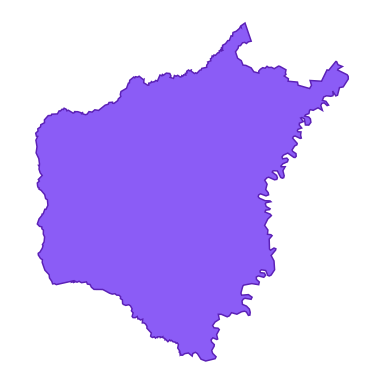 Buenavista, Córdoba, Colombia
{"feature_id": "7082276B96393406171347", "entity_name": "Buenavista", "entity_type": "district", "adm_level": 2, "iso_a3": "COL", "parent_name": "Colombia", "parent_adm1": "Córdoba", "projection": "albers", "projection_center": [-75.43, 8.19], "detail": "fine", "context": "isolated", "style": "filled", "palette": "violet", "viewbox_px": 384, "rotation_deg": 0, "n_neighbors": 0, "source": "geoboundaries", "source_scale": "gbopen_adm2", "svg_char_len": 5878}
<svg xmlns="http://www.w3.org/2000/svg" viewBox="0 0 384 384"><path d="M342.4,66.5L338.0,64.7L336.6,61.6L335.8,61.5L328.7,70.3L327.0,69.9L321.5,81.2L310.1,80.5L311.5,85.3L309.6,88.5L298.1,85.2L297.5,82.1L288.1,81.2L288.4,78.7L284.2,76.0L286.0,74.4L285.4,72.9L286.0,69.8L279.7,66.3L278.5,66.1L274.2,68.7L271.5,67.3L268.7,67.5L267.0,66.3L265.1,68.2L262.7,67.7L260.3,69.3L258.7,71.2L258.8,73.1L253.8,71.8L251.2,67.9L245.9,65.4L243.0,65.1L241.3,60.7L237.6,58.2L235.5,51.8L238.1,48.2L238.5,46.0L240.5,45.6L242.5,42.8L244.7,42.4L246.4,43.5L248.4,41.8L251.2,41.2L245.0,23.0L240.9,25.9L241.2,27.4L240.4,26.6L239.5,28.4L236.3,31.2L233.0,32.5L232.5,36.1L231.1,35.8L229.4,40.4L227.8,40.6L225.5,43.7L222.6,45.3L222.6,47.1L221.6,47.6L222.3,48.5L221.5,48.9L222.9,50.2L221.5,50.9L220.6,48.8L220.6,50.9L219.3,50.8L219.1,52.6L217.7,52.9L215.5,55.3L213.9,55.0L213.2,56.5L212.2,55.9L211.5,58.3L210.5,58.7L210.8,60.8L207.7,62.0L208.3,63.0L206.7,65.2L206.7,67.3L201.7,68.4L201.2,69.9L199.8,70.2L196.8,73.4L195.6,72.8L194.4,73.5L191.0,71.0L191.2,70.1L189.4,70.8L188.5,70.0L186.7,71.3L187.0,72.8L185.3,73.4L185.8,74.9L183.7,74.8L182.9,76.0L181.8,75.6L181.7,76.6L180.2,77.0L177.7,75.3L176.1,76.2L174.4,75.5L173.5,78.4L170.1,77.4L171.0,76.0L169.8,73.5L166.3,73.1L163.3,75.3L162.4,74.5L161.9,75.8L160.0,75.0L157.4,81.1L155.7,80.4L154.6,81.6L152.2,82.2L151.4,81.6L150.8,82.8L148.7,83.2L148.9,84.9L147.9,85.3L143.7,82.7L144.0,79.3L143.4,79.7L139.1,76.2L137.7,77.1L135.5,76.7L134.8,77.8L133.8,77.0L129.7,80.3L129.4,82.9L128.4,83.1L126.5,88.3L121.0,91.5L120.3,94.4L120.8,96.6L118.3,98.9L117.7,100.6L114.0,103.4L112.6,103.2L112.5,102.2L109.0,102.5L108.1,104.3L105.2,105.1L98.6,110.4L94.8,109.8L92.1,112.1L89.0,111.6L87.2,114.1L85.7,114.7L83.0,114.0L82.6,112.7L81.5,113.6L81.2,112.8L77.8,111.7L74.6,111.6L74.7,112.4L73.1,113.1L68.3,110.2L66.9,110.8L66.4,109.4L64.1,108.2L63.4,109.5L62.1,109.2L60.5,110.9L59.1,110.9L57.4,113.9L51.7,114.2L51.2,115.4L48.2,115.6L44.4,119.9L44.5,122.7L40.8,124.7L40.5,126.9L37.8,128.8L38.0,131.0L35.7,133.2L36.4,136.2L37.7,136.4L35.9,140.2L37.0,146.8L36.1,152.9L38.8,158.6L39.5,164.0L39.4,165.2L38.5,165.3L39.3,166.7L39.0,169.1L40.2,172.8L42.2,175.5L38.3,179.5L39.3,181.1L37.3,183.0L37.6,186.0L38.2,187.7L39.2,188.1L39.0,189.1L41.2,190.4L44.7,194.6L45.6,198.6L47.4,199.8L47.9,205.4L46.0,209.3L44.8,209.3L43.2,213.8L42.0,214.2L42.0,215.3L39.1,218.8L37.3,224.0L39.5,226.3L41.8,226.9L41.9,228.8L43.4,230.1L43.3,234.1L44.6,236.9L44.1,241.8L42.4,244.7L43.0,245.6L42.3,248.2L40.0,252.0L38.2,253.3L38.3,255.0L40.6,258.6L42.4,259.6L42.2,262.5L44.9,270.2L49.1,274.7L49.5,278.0L51.8,281.4L52.6,283.9L54.5,283.6L56.3,284.6L72.5,281.0L71.8,282.1L73.1,281.8L73.5,282.5L74.3,282.2L73.2,281.3L74.1,280.7L77.0,282.2L79.1,281.3L81.5,282.7L86.5,281.9L87.4,284.1L90.1,284.5L91.4,287.2L94.0,289.4L102.8,289.5L109.6,293.2L112.2,294.1L115.0,293.7L116.6,295.1L119.1,295.3L120.6,296.7L120.4,298.6L122.4,299.9L122.6,303.5L123.3,304.4L125.8,305.4L128.7,304.7L130.4,305.8L132.1,308.8L131.4,310.8L133.1,312.9L132.1,316.4L133.0,317.6L135.2,317.7L137.2,316.5L138.0,319.0L138.8,318.8L140.5,320.0L142.7,319.2L142.3,322.9L144.0,322.9L145.7,324.1L147.0,326.4L146.9,328.2L151.3,333.0L150.6,336.1L151.3,336.9L152.7,337.5L154.2,336.8L155.5,338.1L156.3,337.3L157.5,337.6L157.7,336.8L160.1,336.7L160.3,337.6L162.8,336.7L162.7,337.5L164.9,338.6L165.0,339.8L165.8,339.5L167.9,341.7L169.7,339.9L170.5,340.8L171.6,340.4L172.8,341.7L175.6,342.3L176.1,343.3L177.3,342.9L178.4,344.5L177.7,348.0L179.8,351.2L179.2,352.0L179.9,352.4L180.2,354.9L180.7,354.3L181.1,355.2L182.6,355.2L184.6,353.7L188.4,353.0L192.2,356.1L192.8,353.5L195.4,352.3L197.4,353.6L201.0,359.2L205.7,361.0L215.1,358.7L216.1,356.8L212.7,353.4L211.7,350.5L214.1,346.3L214.3,344.6L211.6,341.9L211.1,339.9L212.9,337.8L216.8,339.5L217.7,339.0L216.6,334.6L219.3,329.6L218.0,328.2L214.0,327.8L212.6,325.6L215.1,322.0L219.3,319.3L218.3,314.3L221.3,314.3L227.2,316.8L229.4,315.8L231.5,312.7L236.9,314.2L241.7,311.7L244.6,311.2L246.4,312.0L248.4,315.4L249.9,315.1L250.2,312.3L249.4,309.1L246.5,306.1L242.5,304.4L242.0,301.0L243.4,299.0L245.0,298.3L251.1,299.3L252.1,297.2L248.4,294.6L241.7,295.2L240.9,293.2L242.8,286.1L243.8,285.1L251.8,283.6L258.7,284.7L259.3,282.0L256.4,279.3L256.3,277.0L258.4,275.9L263.8,277.3L265.6,275.3L264.4,273.1L260.3,272.6L260.0,271.0L261.4,269.8L265.7,270.5L267.7,275.3L269.2,276.0L271.1,275.1L274.6,269.8L274.0,260.9L271.1,255.5L275.6,250.1L275.9,248.8L274.0,248.0L270.5,250.2L269.5,249.1L269.2,239.1L272.1,235.7L270.9,234.7L267.5,234.3L267.9,230.0L264.6,225.4L267.8,219.0L271.4,215.6L270.3,214.2L265.0,212.0L265.6,210.2L269.6,209.6L270.1,208.8L266.2,206.5L265.3,203.8L266.1,202.7L270.9,201.7L270.0,200.9L265.1,200.7L259.4,198.2L258.2,196.7L258.6,195.0L260.5,193.8L266.0,195.9L268.6,194.8L268.2,192.7L265.7,189.5L267.1,184.2L264.7,180.2L266.9,177.8L268.7,177.2L274.5,179.8L276.8,179.4L277.4,177.8L276.5,175.3L272.3,172.2L272.6,171.2L274.0,170.7L277.4,171.0L280.7,177.4L282.3,178.2L283.7,177.7L284.2,175.8L282.9,170.7L285.2,166.7L281.2,166.8L280.9,166.1L282.8,163.8L287.4,161.8L288.2,159.7L286.8,158.1L282.6,158.8L282.0,157.0L283.4,155.1L287.8,153.1L293.8,157.4L295.1,157.5L296.2,156.3L296.0,153.6L292.6,151.3L292.1,149.9L294.6,146.0L296.9,144.8L297.2,143.4L292.6,138.1L293.5,136.5L295.1,136.0L300.2,138.4L301.3,138.1L300.6,135.1L301.0,131.9L298.0,131.8L297.3,130.8L298.0,129.3L301.7,128.0L299.2,124.9L299.4,123.2L303.4,121.6L300.6,118.0L301.9,117.5L304.4,118.9L305.4,125.0L308.8,125.1L310.9,122.3L310.4,118.9L308.7,117.0L304.7,116.1L305.5,114.8L308.9,113.6L309.6,110.3L310.5,109.7L313.2,110.3L318.0,107.8L322.4,110.4L320.8,105.6L321.8,103.4L324.2,102.9L327.1,105.6L328.6,105.1L325.9,101.3L322.4,100.4L323.7,97.0L326.5,95.8L330.8,96.3L332.9,95.7L333.3,94.4L332.6,91.0L335.8,95.9L337.5,95.2L339.5,87.6L343.2,86.9L348.3,79.0L348.2,76.3L347.1,74.7L337.6,70.0L337.9,69.1L342.4,66.5Z" fill="#8b5cf6" stroke="#5b21b6" stroke-width="1.5"/></svg>